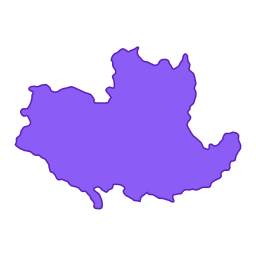 outline of Kolubarski
{"feature_id": "SRB-837", "entity_name": "Kolubarski", "entity_type": "District", "adm_level": 1, "iso_a3": "SRB", "parent_name": "Republic of Serbia", "parent_adm1": "", "projection": "orthographic", "projection_center": [19.93, 44.309], "detail": "fine", "context": "isolated", "style": "filled", "palette": "violet", "viewbox_px": 256, "rotation_deg": 0, "n_neighbors": 0, "source": "natural_earth", "source_scale": "10m", "svg_char_len": 5798}
<svg xmlns="http://www.w3.org/2000/svg" viewBox="0 0 256 256"><path d="M82.9,191.4L81.9,191.2L81.3,190.8L79.2,188.5L78.1,187.6L76.1,186.8L74.3,186.5L71.0,185.5L69.0,183.6L67.9,181.8L67.3,181.4L65.4,180.8L63.2,179.8L62.1,179.4L60.6,179.5L58.7,179.8L57.8,179.4L57.1,178.8L56.7,178.2L55.2,175.1L53.5,173.1L52.7,172.4L50.6,171.8L50.2,171.3L49.0,166.7L49.0,166.0L49.3,165.4L45.9,160.0L45.4,159.4L44.8,158.9L42.0,157.7L41.3,157.2L39.6,155.6L38.8,155.1L38.4,155.1L36.4,155.2L35.3,155.1L34.2,154.7L33.3,154.1L31.2,152.1L30.6,151.8L26.8,150.8L24.0,150.4L22.5,149.5L20.1,148.6L19.0,147.9L16.2,145.8L15.4,144.8L15.8,143.8L16.4,142.1L16.5,141.1L16.4,139.2L16.6,138.3L17.4,137.4L19.9,135.5L20.4,134.5L21.1,131.2L23.1,128.0L23.6,127.4L24.7,126.8L27.5,126.2L28.5,125.8L29.7,124.9L30.2,124.1L30.4,123.4L30.5,122.0L30.3,121.3L27.8,116.1L27.4,115.7L27.1,115.6L26.7,115.6L24.3,116.1L23.4,116.0L22.8,115.6L21.8,114.6L21.0,113.1L20.7,112.0L20.8,111.3L21.5,109.9L22.5,109.0L23.5,108.8L26.2,109.0L27.5,108.4L28.8,106.8L30.3,103.8L31.0,102.2L32.0,98.1L32.0,95.8L32.1,95.2L33.0,93.4L33.2,92.5L33.0,92.1L32.7,91.7L30.0,90.4L29.2,89.8L29.0,89.3L28.9,88.7L29.1,88.2L29.4,87.7L30.2,87.1L31.8,86.5L34.5,86.3L37.2,86.8L38.7,86.4L41.3,85.2L46.2,84.6L49.5,87.2L49.8,87.6L50.4,89.6L51.4,90.8L52.7,91.7L54.0,92.0L55.3,92.0L57.4,91.8L58.0,91.6L59.0,90.7L61.4,89.4L63.5,88.6L66.8,88.0L70.1,86.9L71.6,86.9L73.0,87.1L85.0,92.6L89.7,94.1L90.9,94.8L92.1,96.2L93.8,98.7L94.0,99.3L94.1,99.9L93.9,101.9L94.1,102.3L94.5,102.6L95.4,102.9L97.0,103.0L105.1,103.1L107.7,102.7L108.2,102.3L109.2,100.1L111.1,97.4L108.9,94.3L106.3,91.2L106.0,90.5L106.0,89.9L106.3,89.3L107.2,88.2L108.9,87.3L110.0,87.2L112.8,88.1L113.3,88.1L113.9,87.6L114.3,86.4L114.3,85.6L114.2,82.2L114.1,81.3L113.8,80.1L112.7,77.4L112.5,76.6L112.8,75.8L115.1,73.7L115.4,73.3L115.7,72.5L115.7,71.4L115.4,70.0L113.6,67.4L112.9,65.9L112.8,65.2L112.8,62.8L112.7,62.2L111.8,60.8L111.2,60.1L111.8,57.9L112.3,56.6L112.7,55.9L114.2,54.1L115.2,53.5L117.2,52.7L120.7,49.7L121.9,49.1L123.1,48.9L123.8,49.0L125.7,50.0L127.9,51.6L128.4,51.8L128.8,51.7L130.4,50.7L133.9,49.4L136.1,48.0L136.9,47.3L138.4,47.3L138.4,48.7L137.6,49.6L137.3,52.2L137.3,53.0L137.5,54.0L138.0,55.1L139.1,56.8L140.7,58.3L141.7,59.7L142.6,60.6L144.0,61.4L148.0,62.2L150.3,63.6L152.8,64.5L154.0,65.2L154.9,65.4L156.8,64.9L157.7,64.5L158.5,63.6L159.5,61.6L159.9,61.1L160.7,60.4L161.5,59.9L163.2,59.5L165.1,59.4L166.2,59.5L167.7,60.1L168.2,60.6L168.6,61.2L169.5,63.6L170.8,65.4L172.2,68.0L173.1,69.0L173.6,69.2L174.1,69.0L177.3,67.1L178.9,65.8L179.5,64.9L180.4,62.7L182.6,59.6L182.9,58.8L183.1,56.6L183.6,55.5L184.5,54.3L185.0,54.0L185.8,54.1L186.3,54.4L186.9,55.1L187.5,56.6L187.6,58.8L188.1,61.4L189.4,63.6L189.8,64.3L189.8,65.4L189.0,68.9L189.1,69.6L189.6,70.4L192.4,72.6L193.8,74.3L194.7,77.5L195.2,80.5L195.8,82.8L195.8,83.5L195.6,84.6L194.6,87.0L194.4,88.3L194.5,89.0L195.5,91.0L195.7,91.7L195.9,93.3L195.9,95.0L195.7,96.6L194.8,99.2L194.3,101.2L193.4,103.4L192.4,104.5L190.8,105.8L190.1,106.5L189.8,107.3L190.0,108.8L189.8,109.4L188.2,111.0L187.9,111.9L187.9,112.6L188.2,113.7L190.1,116.0L190.4,116.5L190.6,117.2L190.6,117.9L190.4,118.5L190.1,119.2L188.1,121.8L187.3,123.2L187.1,124.3L187.1,125.0L187.3,125.6L188.3,128.0L191.3,133.1L193.0,135.5L193.7,136.3L196.1,138.1L201.1,142.7L201.6,143.6L202.9,146.5L203.4,147.4L204.6,148.4L205.7,148.8L207.9,149.3L208.7,149.1L209.0,148.6L209.2,148.0L209.2,147.4L209.1,145.8L209.2,145.2L209.5,144.7L210.0,144.3L210.4,144.2L211.3,144.2L212.2,144.7L213.8,145.8L214.8,146.1L216.7,145.5L218.1,144.7L218.7,144.2L220.1,142.1L222.3,140.0L222.7,139.1L223.1,137.5L223.7,136.0L224.5,134.5L225.2,133.8L226.2,133.4L228.6,133.5L230.2,133.3L232.7,132.2L235.3,132.7L236.5,133.2L237.7,134.0L238.4,135.0L238.6,135.4L238.7,136.0L238.4,138.4L238.5,139.8L238.8,141.0L239.8,143.0L240.4,144.7L240.6,145.4L240.6,146.7L240.4,148.7L237.6,152.8L236.5,155.0L235.8,156.6L235.3,159.4L235.1,160.0L234.7,160.4L234.3,160.7L231.4,161.3L230.6,161.9L230.3,162.5L229.9,163.6L229.7,164.7L229.7,165.4L229.9,167.1L229.9,167.7L229.6,168.6L229.1,169.5L228.2,170.2L227.8,170.3L225.7,170.2L224.3,170.4L223.1,171.0L221.7,172.0L221.0,173.1L220.9,173.7L221.2,175.2L221.2,176.1L221.1,176.5L220.7,177.1L219.1,178.6L216.4,179.6L212.4,181.9L211.2,183.3L210.8,184.4L210.5,185.7L210.2,186.3L209.8,186.8L209.5,187.0L208.2,187.3L204.0,187.3L202.3,187.5L201.3,187.9L198.4,189.4L196.8,189.9L195.5,189.9L193.0,189.2L192.4,189.2L189.2,190.0L186.2,189.7L184.9,189.9L183.8,190.5L182.8,191.4L181.8,193.0L181.3,193.5L180.8,193.7L180.3,193.8L179.0,193.7L174.2,194.7L173.3,195.1L172.9,195.6L172.8,196.2L172.7,196.9L172.8,197.6L173.8,200.8L173.9,201.2L173.8,201.5L173.2,201.9L172.3,201.9L171.6,201.7L169.3,200.4L166.5,199.6L163.8,198.7L161.9,198.4L159.0,198.3L153.3,194.8L152.4,194.6L149.8,194.5L148.8,194.3L148.1,193.8L147.1,192.4L143.2,195.5L141.5,196.6L140.7,198.1L140.0,201.4L137.4,200.8L134.6,200.5L133.4,200.0L131.8,198.6L130.2,197.8L128.7,196.8L126.5,195.9L125.0,194.5L124.1,193.4L123.5,192.2L123.3,191.4L123.4,190.6L124.3,189.5L124.6,188.9L124.7,188.4L124.7,187.8L124.2,187.0L122.7,185.9L121.0,185.0L119.5,184.6L115.0,184.2L114.4,184.2L113.6,184.6L113.3,185.0L113.1,185.4L112.5,187.4L112.3,188.0L111.9,188.5L111.6,188.7L109.0,189.7L107.2,191.7L106.8,192.0L106.3,192.1L105.7,192.0L102.5,190.1L101.6,189.4L100.2,187.8L99.3,187.2L98.8,187.0L98.1,186.9L96.7,187.0L94.8,187.9L94.0,188.6L93.8,189.4L93.8,189.8L94.1,190.1L95.7,191.6L98.3,193.4L99.1,194.2L99.6,195.1L101.2,198.9L102.0,201.9L102.2,203.6L102.3,205.4L102.0,207.0L101.5,207.9L101.1,208.2L100.2,208.6L99.6,208.7L96.3,208.5L95.0,208.1L94.3,207.4L93.9,206.6L93.8,206.2L94.3,204.6L94.3,203.9L94.2,203.3L93.8,202.5L93.1,201.3L91.1,199.1L90.7,198.2L90.3,196.9L89.7,195.8L87.6,193.8L86.4,192.2L85.7,191.6L84.9,191.3L82.9,191.4Z" fill="#8b5cf6" stroke="#5b21b6" stroke-width="1.5"/></svg>